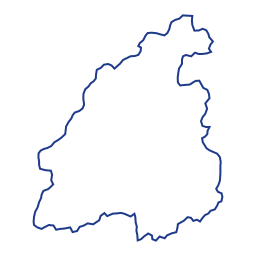 outline of Passa Vinte, Minas Gerais, Brazil
{"feature_id": "56859067B565102456379", "entity_name": "Passa Vinte", "entity_type": "district", "adm_level": 2, "iso_a3": "BRA", "parent_name": "Brazil", "parent_adm1": "Minas Gerais", "projection": "mercator", "projection_center": [-44.257, -22.169], "detail": "fine", "context": "isolated", "style": "outline", "palette": "blue", "viewbox_px": 256, "rotation_deg": 0, "n_neighbors": 0, "source": "geoboundaries", "source_scale": "gbopen_adm2", "svg_char_len": 2446}
<svg xmlns="http://www.w3.org/2000/svg" viewBox="0 0 256 256"><path d="M34.0,224.9L37.1,227.3L41.6,228.9L44.4,227.3L48.9,225.0L53.5,225.5L56.1,229.7L60.3,228.9L64.7,228.5L70.2,227.4L72.6,232.1L77.1,231.0L79.6,226.9L83.7,225.6L87.6,223.4L93.2,224.3L99.3,220.2L100.6,215.9L104.4,213.1L107.2,216.1L112.9,213.6L115.9,213.5L121.0,212.9L124.5,213.8L130.6,216.5L134.4,213.8L135.3,216.9L135.7,222.6L136.8,226.7L136.4,230.6L137.3,234.9L137.7,240.4L141.1,239.2L144.3,236.2L148.2,233.5L151.9,235.5L152.4,239.2L155.9,240.6L159.6,236.5L164.7,238.3L167.1,235.3L171.8,233.3L176.3,232.2L177.4,227.9L177.9,224.1L180.7,222.5L183.9,220.7L187.6,217.2L191.0,217.8L193.3,220.9L196.9,219.7L200.0,221.5L202.4,218.1L205.0,215.1L208.4,213.5L210.5,210.8L214.8,209.4L217.2,205.6L218.4,202.5L221.4,201.3L222.4,196.7L221.5,193.3L217.9,191.8L216.2,188.8L218.4,185.1L219.9,180.6L220.2,176.6L220.4,173.0L220.4,169.1L220.4,165.6L220.7,162.2L219.9,157.2L217.2,153.7L213.1,151.9L209.3,150.2L206.5,148.2L204.7,145.3L202.8,142.3L202.1,138.2L205.1,136.6L207.3,134.1L207.6,130.7L209.5,127.0L206.0,127.0L202.5,125.9L201.0,121.2L202.6,117.1L205.3,113.8L207.1,108.6L205.3,103.4L209.5,98.2L208.9,93.8L207.3,89.9L203.2,87.8L201.3,84.3L199.3,80.7L195.7,80.9L192.9,82.5L189.9,84.5L185.5,84.9L180.2,85.4L177.9,82.5L177.7,77.7L178.2,73.6L179.0,68.6L182.0,63.8L182.0,59.5L183.0,56.3L185.9,55.0L191.2,56.3L195.0,52.7L198.7,54.0L201.9,54.0L206.8,53.4L211.1,51.9L208.9,48.7L210.3,44.9L212.9,41.4L209.3,37.3L208.3,33.7L206.2,30.2L202.6,28.8L198.7,30.5L194.4,30.6L192.3,24.9L191.9,20.6L192.3,15.9L187.8,15.7L182.8,15.4L179.4,18.6L175.2,19.9L171.6,22.0L170.1,25.4L169.4,28.9L167.4,33.0L164.5,35.4L160.8,34.5L156.4,33.2L151.5,32.7L147.6,33.1L145.5,35.7L143.3,40.1L139.8,43.1L138.3,46.0L141.0,47.6L140.6,51.3L138.3,54.9L134.8,56.0L130.3,56.3L127.3,57.9L123.1,59.9L119.9,63.8L116.9,66.4L114.5,68.6L111.5,65.4L108.1,64.0L103.9,64.7L100.8,67.9L96.8,69.8L96.0,74.7L95.8,78.5L93.6,81.3L90.6,83.4L88.7,86.3L85.3,89.2L83.5,93.6L83.3,98.4L84.1,104.7L82.6,108.4L79.1,111.1L74.8,112.5L72.7,115.2L71.3,118.5L68.5,122.1L66.1,126.5L65.7,130.0L65.2,134.1L61.9,137.2L58.5,139.8L54.3,142.3L51.3,146.0L47.1,148.1L44.0,148.9L40.7,150.5L38.6,153.3L38.4,157.0L39.1,161.6L39.1,164.9L40.1,168.8L45.5,170.2L50.9,170.7L52.1,174.8L51.2,180.2L53.2,184.4L50.9,186.7L48.1,189.1L43.4,190.9L41.6,194.7L41.1,198.0L39.1,202.2L37.6,207.4L35.3,211.5L34.0,216.9L33.6,221.5L34.0,224.9Z" fill="none" stroke="#1e3a8a" stroke-width="2"/></svg>